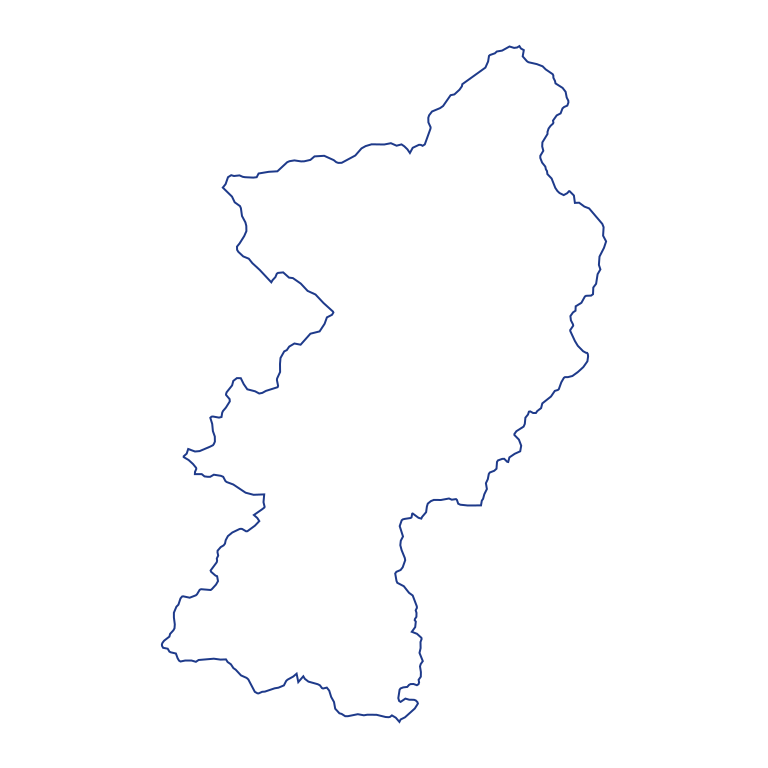 outline of Na Ri, Bắc Kạn, Vietnam
{"feature_id": "81297802B30321615980530", "entity_name": "Na Ri", "entity_type": "district", "adm_level": 2, "iso_a3": "VNM", "parent_name": "Vietnam", "parent_adm1": "Bắc Kạn", "projection": "orthographic", "projection_center": [106.134, 22.162], "detail": "fine", "context": "isolated", "style": "outline", "palette": "blue", "viewbox_px": 768, "rotation_deg": 0, "n_neighbors": 0, "source": "geoboundaries", "source_scale": "gbopen_adm2", "svg_char_len": 6095}
<svg xmlns="http://www.w3.org/2000/svg" viewBox="0 0 768 768"><path d="M188.2,449.0L186.7,453.6L183.7,456.3L183.7,457.1L188.6,460.0L193.0,464.0L196.1,467.8L196.3,468.9L195.0,471.9L194.9,474.1L201.7,474.1L204.5,476.4L207.7,476.8L210.2,476.8L213.8,474.7L220.8,475.8L223.2,476.8L225.4,481.0L226.6,482.0L233.3,484.5L245.6,492.7L253.6,494.8L264.2,494.4L263.5,502.2L264.6,506.8L264.4,507.5L262.1,509.3L253.9,515.0L257.3,518.0L259.3,521.1L254.9,525.7L247.4,531.2L246.1,531.3L242.2,529.0L241.0,528.8L239.6,529.0L232.3,532.5L227.9,536.1L225.7,540.2L225.0,543.6L223.6,545.4L220.7,547.1L217.6,550.7L217.5,552.4L218.2,555.6L216.8,558.5L217.1,560.7L216.7,562.3L210.6,570.5L211.1,571.8L215.5,575.6L217.1,576.2L218.0,581.1L216.0,584.6L212.0,589.0L210.7,590.0L201.1,589.2L199.7,589.8L197.0,594.3L195.9,595.3L189.7,597.7L183.1,596.3L182.1,596.5L180.5,598.4L178.4,604.7L176.4,606.7L173.9,612.7L173.9,617.4L174.8,624.4L174.5,628.3L173.4,630.3L170.1,633.9L169.4,636.6L164.1,640.7L162.5,642.8L161.9,644.3L162.0,645.8L163.1,647.8L167.7,648.7L169.4,651.6L170.7,652.3L175.9,653.5L177.6,658.2L179.0,660.6L180.5,661.5L185.3,660.5L191.4,660.5L195.9,661.8L198.6,660.0L213.8,658.7L220.5,659.6L226.0,659.4L227.6,662.0L230.9,664.3L233.4,668.1L235.7,669.7L241.0,675.4L246.6,677.9L248.3,679.4L254.8,691.8L257.4,693.3L258.6,693.4L262.2,691.8L264.9,691.6L274.7,688.3L278.4,687.7L283.9,685.4L286.2,680.9L287.5,679.7L293.3,676.5L296.6,673.7L298.3,682.1L303.3,676.3L304.8,678.8L308.4,681.6L317.7,684.2L319.9,685.3L322.0,688.1L323.1,688.5L326.8,687.6L329.2,690.6L331.2,697.0L334.0,702.0L335.2,708.7L339.4,713.3L341.6,713.9L345.2,716.2L347.9,716.2L357.8,714.2L363.9,715.3L367.4,714.7L376.5,714.8L385.6,717.0L388.6,717.2L390.0,716.9L391.9,715.4L395.8,717.7L399.4,721.9L400.6,719.5L405.0,717.3L414.8,708.5L417.9,703.6L417.4,702.1L415.7,700.4L414.0,699.8L409.2,699.7L405.4,698.6L400.6,701.9L399.1,700.9L398.3,698.1L399.6,689.7L400.6,688.4L403.2,687.4L407.3,686.9L409.0,684.9L410.5,684.1L413.5,684.0L416.9,685.2L418.5,684.2L419.1,682.4L418.6,679.8L420.8,676.7L420.9,672.1L420.0,666.4L420.7,664.1L422.8,661.1L419.5,652.9L420.6,648.1L420.5,642.0L421.6,639.0L421.4,637.8L417.0,633.8L411.8,631.8L415.2,627.1L415.8,621.6L414.7,620.1L415.0,618.9L416.4,616.8L416.5,612.9L415.7,610.3L416.9,607.9L416.8,606.3L412.7,595.5L409.0,592.8L403.8,586.2L397.3,582.8L396.5,580.9L395.2,573.5L396.4,571.8L400.6,570.0L402.7,567.3L405.2,560.2L404.8,558.0L401.6,550.1L400.3,545.2L400.8,540.7L403.0,536.5L399.7,526.1L401.7,520.3L402.8,519.4L404.7,518.9L410.6,518.0L411.5,517.4L412.2,513.7L412.7,513.5L418.5,517.8L421.3,518.6L422.1,516.9L426.1,512.2L426.9,506.5L427.8,503.6L430.9,501.1L433.9,499.9L440.9,500.0L449.0,498.5L451.8,499.7L456.0,499.1L456.9,499.9L458.2,503.7L460.3,504.7L467.9,505.5L481.0,505.4L481.8,500.7L483.1,498.8L484.3,494.3L486.9,489.0L485.9,483.2L487.8,479.2L488.8,474.0L489.8,472.5L494.2,470.8L496.5,468.7L497.0,461.9L498.0,460.4L502.2,458.9L504.2,458.8L507.2,461.8L508.2,462.0L509.4,457.4L514.7,453.8L520.2,451.3L521.2,445.7L518.9,439.6L514.4,435.0L514.4,434.0L516.4,431.2L523.6,426.6L524.8,423.9L525.4,417.7L528.0,414.5L528.9,411.7L530.2,411.4L533.1,413.0L535.9,413.0L537.3,411.0L541.1,408.1L542.3,403.4L551.0,396.5L554.8,390.9L557.8,390.0L558.8,389.2L561.3,382.3L563.9,377.8L565.0,377.1L568.0,377.1L572.4,376.0L577.9,372.0L583.3,367.1L587.4,361.3L588.1,356.3L587.8,354.0L587.1,352.9L586.0,352.8L583.1,351.2L577.8,345.8L574.9,341.0L570.3,331.1L570.2,330.1L573.2,325.7L573.0,324.4L570.9,320.3L570.4,316.1L573.0,312.4L575.5,310.7L575.7,306.3L581.4,302.8L584.9,296.5L586.1,295.8L591.1,295.6L593.0,294.2L593.3,287.5L596.1,283.8L597.6,274.2L600.4,269.4L598.9,264.9L599.5,256.6L604.0,247.8L606.1,241.4L603.1,235.7L603.6,227.2L602.3,223.9L589.1,208.4L584.4,206.6L579.1,202.7L574.9,202.9L573.9,195.5L569.6,191.2L569.0,191.2L567.2,193.2L563.7,195.1L559.5,193.0L557.4,191.0L555.3,187.9L551.6,178.5L547.4,174.1L547.0,171.1L545.9,169.3L545.3,166.6L542.1,162.6L540.3,158.0L540.3,155.8L543.3,150.8L542.2,146.4L542.4,142.3L547.5,134.0L547.5,131.9L548.6,128.5L550.6,125.8L553.0,123.6L553.4,122.7L553.0,120.6L556.7,115.4L560.6,113.4L562.5,108.4L564.1,107.0L567.3,105.6L568.4,102.6L568.3,100.7L566.7,97.5L565.6,91.8L562.6,87.9L555.5,83.4L555.0,81.0L553.4,77.8L553.3,75.4L552.7,74.2L545.7,69.4L542.6,66.3L536.8,64.1L528.4,62.2L526.9,61.2L522.7,56.4L523.8,50.1L520.9,48.5L519.4,46.1L517.1,47.5L514.1,47.9L509.5,46.5L502.1,50.6L496.8,51.5L494.9,53.3L490.0,55.0L489.0,55.9L488.1,61.5L485.4,67.6L462.3,84.2L461.9,86.3L459.5,89.7L454.4,94.4L450.6,95.2L443.1,106.0L440.1,108.1L432.0,111.5L429.1,115.3L428.3,117.8L428.4,122.4L430.6,127.2L430.5,128.6L424.8,144.4L422.6,145.8L420.9,144.9L419.0,144.8L412.7,147.8L409.9,153.0L407.4,149.3L404.3,146.3L401.5,144.4L396.6,145.7L390.9,143.2L384.2,144.5L371.6,144.3L365.6,146.1L361.5,148.4L355.3,155.5L341.7,162.8L338.3,162.9L336.3,162.2L333.7,160.1L324.2,155.8L314.5,156.4L310.4,159.9L304.2,161.3L301.1,161.4L294.4,160.4L289.5,161.2L287.2,162.2L277.4,171.3L268.8,171.8L258.6,173.5L256.7,177.2L253.3,177.6L245.0,177.2L242.7,176.8L239.5,175.4L234.0,176.0L231.2,175.2L228.0,177.2L225.6,184.1L222.8,187.6L232.0,196.6L234.7,202.3L240.0,206.1L240.9,208.2L242.0,216.0L245.4,222.4L246.3,225.9L246.4,231.1L244.2,236.1L239.6,243.4L237.0,246.6L237.1,249.8L238.3,251.8L243.2,256.4L248.8,258.7L252.3,263.1L259.7,269.9L271.3,282.3L272.6,280.1L275.4,277.1L276.8,273.7L278.0,272.9L283.2,272.4L289.0,277.6L292.9,278.1L300.8,283.6L307.6,290.9L315.5,294.5L323.5,303.0L333.0,311.6L333.4,312.5L332.0,314.8L326.9,317.4L324.6,323.8L319.6,331.4L310.4,333.7L300.6,344.7L294.4,343.5L289.2,346.6L286.8,350.1L284.2,351.4L280.5,358.0L280.0,364.0L280.1,372.0L277.1,378.5L276.9,380.0L278.1,385.9L277.6,387.2L265.9,390.9L262.3,392.9L259.2,393.5L255.1,391.3L247.3,389.3L243.7,384.1L240.8,378.2L236.9,378.1L233.3,380.9L232.1,385.4L226.6,392.3L226.0,394.3L226.1,395.0L229.6,399.1L229.8,401.4L225.9,407.6L223.0,411.0L222.2,412.7L221.5,417.0L219.0,417.6L212.9,416.5L211.5,416.7L210.3,417.8L212.2,423.9L212.9,431.1L214.8,436.5L214.9,441.6L213.9,443.9L213.0,445.2L210.0,446.7L199.6,451.1L195.0,451.5L188.2,449.0Z" fill="none" stroke="#1e3a8a" stroke-width="2"/></svg>